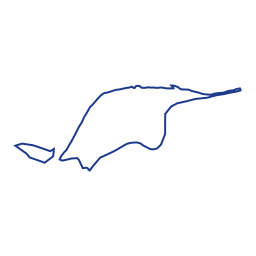 the district of Al Waqf, Qina, Egypt
{"feature_id": "37247803B80470796626605", "entity_name": "Al Waqf", "entity_type": "district", "adm_level": 2, "iso_a3": "EGY", "parent_name": "Egypt", "parent_adm1": "Qina", "projection": "equal_earth", "projection_center": [32.474, 26.086], "detail": "fine", "context": "isolated", "style": "outline", "palette": "blue", "viewbox_px": 256, "rotation_deg": 0, "n_neighbors": 0, "source": "geoboundaries", "source_scale": "gbopen_adm2", "svg_char_len": 2061}
<svg xmlns="http://www.w3.org/2000/svg" viewBox="0 0 256 256"><path d="M239.9,88.4L239.6,88.5L239.4,88.5L238.4,88.7L237.6,88.8L236.2,89.2L234.5,89.8L233.2,90.3L232.4,90.5L231.9,90.5L231.4,90.5L230.6,90.5L229.7,90.6L229.0,90.8L228.3,91.0L227.0,91.4L225.8,91.8L225.6,91.9L224.9,92.2L223.7,92.5L222.8,92.8L222.4,92.8L222.0,92.8L220.8,92.9L219.7,93.0L218.6,93.1L218.3,93.1L217.3,93.2L216.0,93.4L215.2,93.6L214.5,93.7L213.5,93.8L213.1,94.0L212.3,94.3L211.6,94.6L211.0,94.6L210.7,94.7L209.4,94.7L206.0,94.4L202.1,93.9L199.9,93.0L197.4,92.3L195.6,92.0L194.8,91.6L192.0,91.1L190.1,90.3L189.4,89.9L187.8,89.6L184.9,89.5L181.7,89.4L179.8,88.6L178.1,87.2L175.2,86.0L173.1,85.5L171.4,85.5L172.1,86.4L173.2,87.4L173.5,88.3L171.7,88.4L167.0,88.4L166.9,88.4L161.4,87.5L156.9,87.9L153.4,87.5L149.9,87.5L147.5,87.3L145.5,87.8L143.9,87.8L142.0,87.8L141.9,87.8L141.1,87.3L139.9,86.3L138.8,85.9L137.5,85.9L136.2,86.0L135.3,86.9L134.8,87.9L133.8,88.0L131.8,86.7L131.2,86.9L129.7,87.4L129.6,87.5L126.0,88.0L121.9,88.9L119.9,89.4L116.0,89.8L110.2,91.7L106.8,92.7L104.4,93.0L101.6,94.8L100.0,96.2L99.8,96.5L97.3,99.1L95.2,101.6L93.0,104.2L89.9,107.3L88.1,110.5L86.0,114.2L84.0,117.3L82.1,121.8L78.8,127.1L74.5,135.6L71.3,141.6L68.7,145.9L66.3,150.2L64.4,152.0L62.5,154.4L61.1,156.2L59.6,159.4L59.6,159.5L62.4,160.6L62.5,160.6L67.0,159.6L71.5,158.5L76.0,158.2L77.1,158.1L78.9,160.0L79.6,161.4L81.5,165.4L82.7,168.0L85.0,167.9L86.7,167.7L88.5,169.0L88.5,169.7L89.8,170.5L92.7,166.4L100.2,157.6L105.8,155.1L114.7,150.9L118.1,148.9L121.3,147.0L126.9,143.8L130.8,142.8L136.5,142.4L140.5,143.4L142.9,145.3L144.2,146.0L145.2,146.5L149.9,148.9L153.3,149.4L157.2,148.4L161.0,144.6L165.1,134.0L165.2,113.9L171.1,106.6L177.2,103.3L186.8,101.2L195.7,98.9L206.9,97.8L216.5,95.2L224.1,94.1L227.9,93.2L230.4,92.6L232.8,92.2L233.9,92.1L237.3,91.3L240.6,90.4L240.5,89.7L240.2,89.0L239.9,88.4ZM36.3,159.7L44.7,162.7L53.2,156.3L53.9,149.0L50.2,151.2L46.0,149.7L41.8,148.2L32.8,145.2L22.0,143.6L15.4,145.7L23.7,151.6L26.7,153.8L29.7,157.5L36.3,159.7Z" fill="none" stroke="#1e3a8a" stroke-width="2"/></svg>